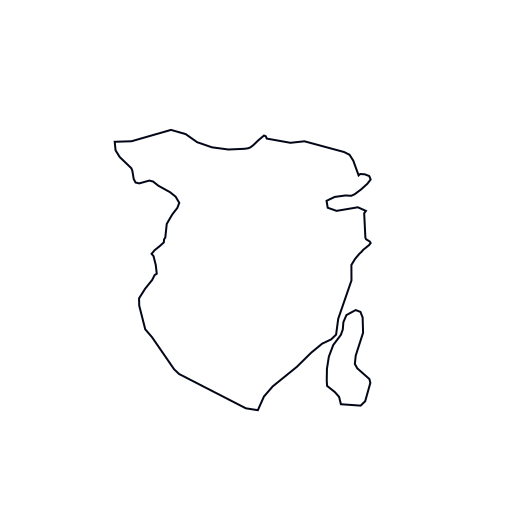 outline of Anglesey, rotated 226°
{"feature_id": "GBR-2128", "entity_name": "Anglesey", "entity_type": "Unitary Authority (wales)", "adm_level": 1, "iso_a3": "GBR", "parent_name": "United Kingdom", "parent_adm1": "", "projection": "mercator", "projection_center": [-4.381, 53.278], "detail": "fine", "context": "isolated", "style": "outline", "palette": "ink", "viewbox_px": 512, "rotation_deg": 226, "n_neighbors": 0, "source": "natural_earth", "source_scale": "10m", "svg_char_len": 1565}
<svg xmlns="http://www.w3.org/2000/svg" viewBox="0 0 512 512"><g transform="rotate(226 256 256)"><path d="M405.7,227.3L421.9,226.7L429.6,228.4L436.3,233.7L425.0,246.2L405.8,282.4L392.5,290.1L378.8,292.7L364.8,299.8L351.8,310.1L341.1,322.2L339.0,325.1L338.0,327.5L337.6,331.2L337.6,338.0L337.1,345.4L335.4,346.2L333.0,345.3L313.5,359.4L304.9,370.5L269.6,391.6L263.8,393.6L257.0,392.2L242.7,385.8L242.6,387.9L239.2,391.0L234.8,393.0L231.4,391.6L230.6,386.3L230.9,377.7L231.9,369.9L233.1,366.4L237.4,362.4L243.8,353.7L246.7,345.1L240.9,341.1L232.5,345.3L220.3,363.1L212.1,366.4L211.6,363.5L193.3,347.5L191.7,346.8L187.3,347.9L185.7,347.5L185.3,345.0L186.0,337.3L185.7,334.8L185.8,332.1L185.1,325.3L183.3,318.4L172.1,307.7L153.7,271.5L143.8,259.0L143.8,252.1L147.0,242.7L148.1,228.6L147.9,208.4L150.6,177.5L149.4,164.1L143.8,150.2L153.5,142.9L224.5,118.7L231.4,118.4L269.8,124.8L280.2,125.4L301.4,137.5L306.8,142.5L309.5,153.6L310.9,164.7L312.7,169.8L312.2,172.3L319.1,177.6L327.1,182.2L330.1,182.4L330.6,187.1L330.0,193.5L329.8,199.1L331.8,201.4L332.3,203.6L341.1,214.1L344.1,224.8L345.2,232.7L347.5,237.7L354.5,239.4L361.6,238.5L374.3,234.6L381.1,233.7L384.4,231.6L389.3,222.5L392.5,220.4L396.3,221.5L403.3,226.3L405.7,227.3ZM140.3,262.2L142.8,267.3L147.7,272.9L150.7,280.0L147.9,290.1L143.3,292.3L137.7,290.0L126.4,279.7L115.1,258.6L109.7,252.1L104.8,250.8L88.7,252.1L85.3,250.1L75.7,233.7L75.7,227.3L90.4,214.1L96.9,217.9L103.2,218.2L113.2,216.9L117.3,220.4L125.6,228.7L133.0,238.5L138.3,249.7L140.3,262.2Z" fill="none" stroke="#020617" stroke-width="2"/></g></svg>